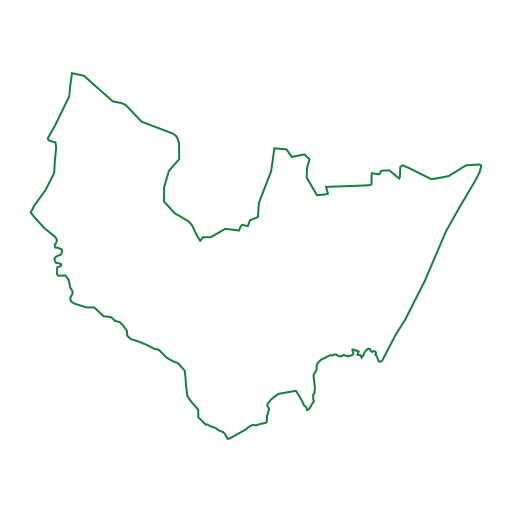 Cerro de las Cuentas, Cerro Largo, Uruguay
{"feature_id": "84410073B63196441313182", "entity_name": "Cerro de las Cuentas", "entity_type": "district", "adm_level": 2, "iso_a3": "URY", "parent_name": "Uruguay", "parent_adm1": "Cerro Largo", "projection": "natural_earth1", "projection_center": [-54.465, -32.625], "detail": "fine", "context": "isolated", "style": "outline", "palette": "green", "viewbox_px": 512, "rotation_deg": 0, "n_neighbors": 0, "source": "geoboundaries", "source_scale": "gbopen_adm2", "svg_char_len": 3140}
<svg xmlns="http://www.w3.org/2000/svg" viewBox="0 0 512 512"><path d="M205.9,424.7L207.3,424.4L210.1,426.2L212.9,427.0L215.7,428.0L217.7,429.8L220.0,430.9L223.0,432.0L224.7,433.7L226.0,436.1L227.5,438.8L229.4,438.6L246.0,429.4L248.0,427.4L250.1,426.2L252.7,424.9L254.7,425.2L256.5,425.3L260.5,423.9L265.0,423.1L266.6,422.2L267.1,418.6L266.9,415.8L268.1,413.4L268.3,410.9L269.2,409.2L268.1,407.0L267.2,405.3L267.8,403.4L269.3,401.7L271.1,399.4L274.3,397.0L278.4,393.9L295.9,390.8L298.7,395.2L301.9,400.6L304.0,405.3L306.3,407.3L307.1,410.1L309.0,409.0L310.4,407.0L311.4,405.1L312.6,403.1L314.0,401.1L313.2,399.4L313.2,397.0L313.2,394.7L314.6,392.8L314.6,390.0L314.9,387.6L314.6,385.0L314.2,381.9L313.9,379.2L313.6,376.6L313.7,374.5L314.9,372.6L316.1,370.9L316.6,369.2L316.6,366.2L317.2,364.0L318.4,362.3L320.2,360.6L322.0,358.9L324.3,358.4L326.4,356.9L328.9,355.9L330.5,355.1L332.4,355.5L334.0,354.6L336.4,354.6L339.3,356.5L342.0,356.1L343.8,354.8L346.0,355.9L347.8,356.2L349.6,355.9L351.6,355.3L353.4,354.2L353.2,352.5L352.5,350.9L352.5,349.5L354.3,349.6L355.8,350.8L357.3,350.7L358.7,351.5L358.0,353.0L357.5,354.8L359.3,355.0L360.5,355.3L361.6,357.6L362.6,356.2L363.3,355.1L364.1,353.4L364.8,352.2L365.7,350.5L367.2,349.4L368.4,348.7L369.9,349.0L370.6,350.9L372.2,352.0L373.5,351.2L375.4,351.5L376.1,353.3L375.3,354.5L376.7,356.1L377.5,358.1L378.1,360.0L379.0,361.6L381.1,361.5L382.2,360.6L395.9,334.3L405.1,319.8L424.8,280.9L446.0,231.3L459.3,207.7L475.2,180.7L479.7,172.0L481.3,165.6L479.3,164.5L466.1,165.3L448.6,176.1L434.9,178.7L431.1,179.1L409.5,168.3L402.7,165.3L400.3,166.9L399.9,176.8L399.1,178.5L392.5,173.0L389.0,170.3L381.2,170.8L379.8,173.7L378.7,174.3L371.9,173.2L371.6,174.5L371.5,184.1L369.7,185.2L362.1,185.6L326.1,186.9L327.9,193.7L324.7,194.5L316.9,195.2L306.7,177.5L307.1,167.8L309.5,159.3L304.5,154.4L291.8,156.9L286.5,149.4L274.4,148.3L271.1,171.3L258.9,202.9L257.9,217.0L249.9,220.3L247.8,226.2L242.2,224.8L240.7,226.4L239.0,230.5L225.2,228.8L215.8,234.3L210.6,237.3L202.9,237.2L200.2,240.8L197.0,235.8L192.1,225.4L188.7,221.5L181.1,216.9L174.6,213.2L163.9,201.4L164.1,187.2L168.9,170.9L179.2,159.2L179.0,143.2L177.9,139.5L176.4,136.3L173.3,133.8L141.6,121.7L125.5,104.8L121.1,103.0L113.0,101.5L92.1,83.1L84.1,75.8L72.0,73.2L70.3,85.1L69.3,96.2L54.9,125.8L47.8,138.3L48.5,140.2L51.8,141.4L55.4,142.3L56.2,147.3L54.7,162.8L54.2,173.0L45.4,190.3L34.2,205.7L30.7,212.6L33.8,216.4L44.1,227.9L55.3,237.0L57.0,240.0L56.1,243.0L54.6,244.8L55.2,247.5L57.7,247.7L61.8,249.5L62.0,252.2L60.7,254.7L58.1,255.6L55.4,257.2L54.3,259.1L55.8,262.7L58.3,263.2L60.8,263.8L61.3,265.4L60.0,266.4L57.3,267.4L57.1,269.1L57.1,272.1L56.9,274.2L58.4,275.7L61.6,275.7L65.3,275.3L68.4,279.4L69.3,283.0L70.3,287.7L72.4,291.1L72.7,293.4L71.1,296.2L70.3,297.9L70.8,301.2L74.1,303.5L79.8,305.3L86.3,307.4L94.2,307.4L103.5,316.2L111.0,317.1L115.1,320.9L119.6,322.1L123.1,325.4L127.0,331.1L127.2,335.7L130.7,339.0L137.6,341.2L147.0,345.0L154.0,348.7L158.8,349.8L167.0,358.0L172.9,361.2L178.0,363.2L184.7,370.6L185.4,376.4L186.1,386.3L187.4,396.1L190.6,400.9L198.2,409.6L198.3,417.3L205.9,424.7Z" fill="none" stroke="#15803d" stroke-width="2"/></svg>